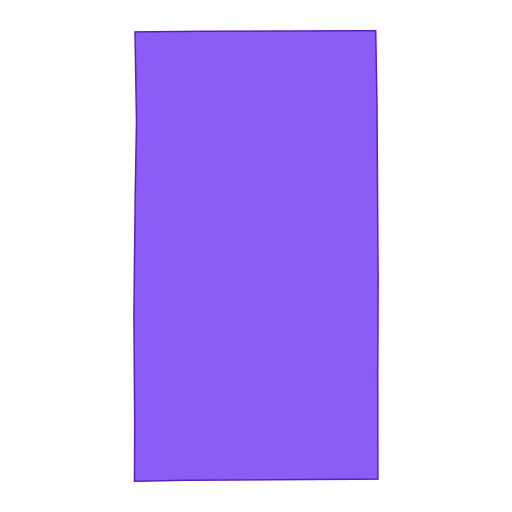 outline of Madison, Indiana, United States of America
{"feature_id": "52423323B58463345388651", "entity_name": "Madison", "entity_type": "district", "adm_level": 2, "iso_a3": "USA", "parent_name": "United States of America", "parent_adm1": "Indiana", "projection": "robinson", "projection_center": [-85.696, 40.162], "detail": "fine", "context": "isolated", "style": "filled", "palette": "violet", "viewbox_px": 512, "rotation_deg": 0, "n_neighbors": 0, "source": "geoboundaries", "source_scale": "gbopen_adm2", "svg_char_len": 344}
<svg xmlns="http://www.w3.org/2000/svg" viewBox="0 0 512 512"><path d="M375.7,30.7L199.5,31.3L135.0,31.9L136.5,121.7L135.2,196.5L133.9,315.3L134.7,420.2L134.5,481.3L182.8,480.3L377.9,479.1L377.8,432.9L377.7,373.2L377.9,342.9L378.0,309.0L378.1,275.7L378.0,268.1L377.0,106.2L375.7,30.7Z" fill="#8b5cf6" stroke="#5b21b6" stroke-width="1.5"/></svg>